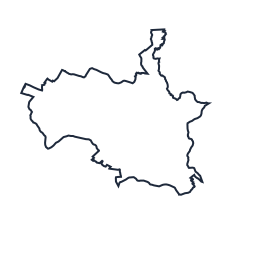 the district of Cehal, Satu Mare, Romania, rotated 334°
{"feature_id": "2599482B97854258133418", "entity_name": "Cehal", "entity_type": "district", "adm_level": 2, "iso_a3": "ROU", "parent_name": "Romania", "parent_adm1": "Satu Mare", "projection": "equal_earth", "projection_center": [22.618, 47.388], "detail": "fine", "context": "isolated", "style": "outline", "palette": "slate", "viewbox_px": 256, "rotation_deg": 334, "n_neighbors": 0, "source": "geoboundaries", "source_scale": "gbopen_adm2", "svg_char_len": 5760}
<svg xmlns="http://www.w3.org/2000/svg" viewBox="0 0 256 256"><g transform="rotate(334 128 128)"><path d="M165.0,187.3L165.6,186.2L168.2,183.4L168.5,182.7L168.6,182.0L169.3,181.0L169.3,180.4L169.1,179.3L169.2,178.8L169.6,178.2L170.7,177.2L173.5,175.7L174.3,174.7L176.4,173.1L178.4,172.1L180.0,170.2L180.5,168.4L180.2,167.1L180.4,166.4L179.8,165.4L178.4,164.4L178.2,163.9L178.4,162.4L178.2,161.9L178.4,161.3L178.7,160.9L178.7,160.5L180.5,158.3L180.6,157.0L181.2,154.8L183.1,150.6L183.7,149.8L184.4,149.8L186.1,149.5L188.8,149.7L190.8,149.3L192.0,149.2L194.8,149.6L198.0,149.2L199.2,148.5L200.4,147.2L201.2,145.8L202.1,144.6L203.7,143.5L204.2,143.4L205.5,142.9L206.7,141.8L211.5,141.3L210.6,140.8L209.7,139.6L207.5,139.1L205.5,137.8L204.8,137.6L203.2,135.8L202.0,135.2L201.4,133.9L200.9,131.8L201.6,129.2L202.1,128.2L201.6,125.3L201.2,124.5L199.5,122.9L197.6,121.4L195.9,121.4L193.8,120.9L193.0,120.2L191.4,120.1L189.9,120.7L189.0,122.2L187.7,123.7L186.8,123.6L185.0,124.4L184.3,124.3L184.2,123.8L183.6,122.5L181.8,120.6L181.9,120.1L182.5,119.1L182.3,118.2L181.5,117.8L180.9,117.1L181.5,116.5L180.4,115.0L180.4,114.7L180.8,114.3L180.9,113.8L180.7,112.6L180.3,111.7L180.2,110.4L180.2,109.8L180.6,109.5L181.3,109.1L181.9,108.3L182.5,106.8L182.8,105.5L182.8,104.8L183.0,104.2L182.8,103.1L182.7,102.7L183.0,101.8L182.8,100.2L183.2,99.5L183.3,98.4L182.9,97.6L182.4,97.1L182.3,96.6L182.0,95.9L181.2,95.8L180.7,95.2L180.6,94.2L180.3,93.3L180.4,92.7L180.8,92.3L180.9,91.5L180.5,89.9L181.6,88.7L183.2,85.8L183.6,83.8L183.8,83.1L184.4,82.4L185.0,82.3L185.0,81.8L185.2,81.3L185.8,80.5L185.9,80.1L186.7,79.4L186.1,79.2L185.0,78.4L183.2,78.0L181.8,76.9L181.6,76.1L182.3,74.8L182.4,73.3L182.8,72.8L185.5,70.9L186.2,70.1L186.9,68.5L187.8,68.4L188.7,69.3L189.8,69.5L188.6,70.3L189.1,70.6L189.4,71.1L189.3,70.5L189.5,70.2L189.8,70.2L190.3,70.7L192.1,69.9L193.6,67.7L193.8,67.7L194.1,68.2L194.9,68.7L195.3,68.1L195.0,67.9L195.1,67.7L195.6,68.0L195.7,67.8L196.0,68.0L196.8,67.4L197.3,67.5L198.5,65.8L199.6,64.9L199.9,64.3L199.8,63.8L199.1,63.5L199.7,63.4L200.0,63.0L199.9,62.9L199.6,62.9L199.4,62.7L197.7,62.7L198.2,62.5L198.3,62.2L199.2,62.3L199.6,61.8L199.9,61.6L200.5,62.0L200.8,61.6L200.8,61.3L202.1,60.9L202.6,60.2L203.3,60.1L203.2,59.1L203.5,58.8L203.1,57.5L202.8,57.1L202.0,57.1L202.1,56.7L202.5,56.6L202.0,56.4L202.3,56.2L203.1,56.3L203.2,56.2L203.3,55.8L203.8,55.5L203.9,55.3L192.1,50.3L192.0,51.0L191.2,51.4L190.5,52.4L190.6,54.8L190.3,55.3L189.1,56.3L188.7,57.0L187.5,58.0L187.4,58.8L187.5,59.2L187.4,59.9L187.0,60.9L187.1,61.7L186.3,63.9L178.5,65.9L177.8,66.0L177.4,65.3L170.3,66.9L170.3,68.5L170.6,70.9L170.4,71.6L169.1,74.2L168.3,75.2L167.7,76.6L167.6,77.1L167.6,77.8L168.0,79.0L167.8,80.1L169.4,87.8L167.1,86.4L166.6,85.7L165.7,85.1L163.9,84.3L163.3,84.7L163.3,84.8L162.9,84.7L162.7,84.6L162.2,83.6L161.7,83.5L161.6,82.9L161.0,82.7L160.6,82.7L160.0,82.1L158.7,82.9L158.8,83.8L158.4,84.3L158.0,84.5L156.9,84.6L156.9,84.9L157.2,85.6L155.9,87.6L153.9,89.3L151.8,89.8L149.4,87.4L146.4,84.6L145.3,83.8L144.4,83.6L141.8,84.0L139.3,83.8L137.9,83.0L136.1,81.6L135.4,80.8L135.2,80.2L134.6,79.3L134.5,77.4L134.0,75.5L133.6,72.3L133.3,71.1L131.6,69.3L129.7,67.7L128.3,66.1L125.1,61.9L123.3,60.2L122.0,58.5L120.9,58.3L119.6,58.2L113.3,62.1L112.3,63.0L111.1,63.0L110.6,63.2L109.7,62.5L108.4,60.9L106.9,59.8L103.0,56.1L101.9,55.4L100.4,54.9L98.6,53.3L98.0,52.1L97.5,51.6L96.8,50.3L96.1,49.3L96.2,49.1L95.8,48.9L95.0,47.7L94.2,46.9L86.6,52.2L82.1,53.6L81.2,52.5L80.2,53.1L77.7,49.5L77.3,48.3L76.9,48.4L73.0,50.5L73.3,50.7L73.5,51.3L72.6,51.6L71.8,52.5L69.6,51.9L69.6,52.2L68.7,53.3L67.5,56.3L67.2,56.6L64.6,54.2L61.0,50.0L58.3,46.5L55.3,43.4L53.4,44.8L53.7,45.2L53.3,45.5L53.2,45.8L52.4,46.2L52.0,45.8L47.4,49.8L52.1,54.2L52.7,54.3L53.2,54.8L56.6,58.6L51.0,61.1L50.4,61.6L48.4,64.4L47.8,65.3L47.7,65.8L47.7,68.1L48.4,69.0L48.7,71.5L47.9,72.0L46.9,73.0L45.8,73.7L45.6,74.7L44.6,76.7L44.5,77.3L44.7,79.1L45.2,80.3L45.3,81.6L46.0,82.1L47.1,83.6L47.5,84.6L47.5,85.7L48.1,89.6L47.7,91.0L47.7,91.8L48.0,93.2L49.0,94.8L49.5,97.8L50.1,99.1L49.9,100.2L47.0,104.9L46.2,106.9L46.0,109.2L47.0,111.5L47.8,111.7L50.7,111.7L53.4,111.1L56.7,109.7L59.6,109.7L66.1,107.9L69.1,108.5L71.2,108.7L73.1,110.1L75.1,111.1L76.4,112.5L85.3,119.6L87.8,121.0L89.1,122.8L89.2,125.3L89.5,127.0L89.9,127.7L90.8,128.5L91.2,129.1L91.5,129.9L91.5,130.9L91.1,132.2L91.2,132.9L91.5,134.5L92.0,135.4L91.9,135.7L83.7,138.2L84.3,139.9L81.5,140.7L82.3,142.3L83.4,142.2L83.6,142.8L84.3,144.2L84.7,144.4L84.8,145.4L87.0,147.1L90.3,146.2L90.5,146.6L89.6,146.9L89.8,147.4L88.5,148.4L88.7,149.7L89.7,151.7L91.0,152.9L92.9,151.9L95.4,155.2L94.5,155.5L93.4,156.3L93.9,156.7L100.7,161.2L102.3,161.5L102.4,161.8L101.4,164.0L101.3,165.2L100.9,166.0L100.6,168.0L100.3,168.8L97.3,167.5L95.6,167.0L95.1,167.7L93.7,170.9L93.9,176.0L96.3,173.6L97.3,173.2L98.4,173.5L103.6,173.4L106.0,173.0L107.3,173.0L111.4,174.6L111.8,175.0L113.0,177.2L113.3,179.1L113.8,179.7L114.9,180.4L116.3,180.8L119.1,182.2L122.0,185.1L122.8,186.5L123.1,188.2L123.4,188.6L124.7,189.5L126.1,190.9L130.4,194.1L134.3,194.3L135.8,194.7L137.5,195.4L139.0,196.5L140.4,197.8L143.6,201.7L143.9,202.3L144.0,205.1L144.8,209.5L144.7,210.3L145.5,210.5L146.3,211.2L150.6,211.6L153.7,212.6L155.8,212.6L157.3,211.5L158.0,211.4L159.5,210.7L160.3,210.1L160.9,210.0L161.7,210.1L162.3,209.7L162.2,208.5L161.6,206.7L162.6,206.7L162.4,206.0L162.7,205.7L162.2,205.5L162.6,204.8L161.7,203.2L161.7,202.6L162.2,202.2L163.0,202.0L163.6,202.8L163.8,202.8L163.9,202.5L163.8,202.1L162.3,200.2L165.2,199.5L167.0,199.2L166.9,200.3L167.3,201.7L168.1,203.2L168.5,203.6L169.4,205.3L170.4,208.3L171.2,209.1L171.9,202.5L171.3,201.2L170.8,199.2L169.6,196.8L169.9,193.1L169.6,192.7L168.6,191.9L165.3,190.6L165.1,190.0L165.3,189.3L165.0,187.3Z" fill="none" stroke="#1e293b" stroke-width="2"/></g></svg>